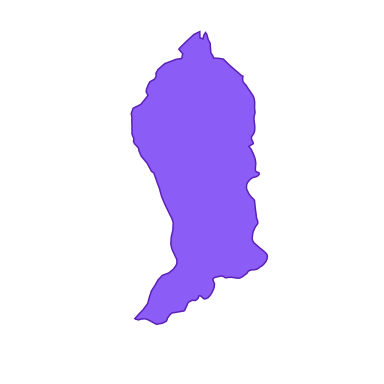 the district of Madobi, Kano, Nigeria, rotated 127°
{"feature_id": "59680162B5579026585541", "entity_name": "Madobi", "entity_type": "district", "adm_level": 2, "iso_a3": "NGA", "parent_name": "Nigeria", "parent_adm1": "Kano", "projection": "orthographic", "projection_center": [8.387, 11.817], "detail": "fine", "context": "isolated", "style": "filled", "palette": "violet", "viewbox_px": 384, "rotation_deg": 127, "n_neighbors": 0, "source": "geoboundaries", "source_scale": "gbopen_adm2", "svg_char_len": 3357}
<svg xmlns="http://www.w3.org/2000/svg" viewBox="0 0 384 384"><g transform="rotate(127 192 192)"><path d="M327.5,161.5L327.5,160.3L326.8,159.2L326.5,158.0L325.7,157.2L324.6,156.6L323.4,155.3L322.5,154.4L322.1,154.0L321.5,153.1L321.0,151.7L320.5,150.5L320.4,149.3L319.9,146.6L319.4,142.5L318.9,140.6L315.7,137.7L314.7,136.7L312.8,135.8L310.6,134.7L308.7,135.2L307.5,135.7L306.3,135.7L304.9,135.8L303.6,135.7L302.0,135.5L301.4,135.4L300.7,135.0L299.9,134.5L299.6,134.2L299.2,133.8L298.2,132.8L296.2,131.0L294.7,129.5L294.3,129.2L293.9,128.8L292.7,127.6L292.4,127.3L291.2,126.6L290.1,126.8L288.8,127.1L287.3,127.4L286.4,127.7L285.4,127.8L283.9,128.4L282.3,128.4L280.3,127.7L279.6,127.3L278.4,126.6L277.6,125.6L277.1,124.7L276.7,124.1L275.1,123.4L272.9,123.2L271.1,124.0L270.0,123.1L269.8,121.4L270.1,119.6L270.0,117.8L268.6,116.5L266.5,115.5L264.7,115.4L263.1,115.3L261.5,115.4L260.1,115.6L258.7,115.9L257.1,116.2L254.6,117.0L252.7,118.2L251.6,118.9L251.2,119.7L250.3,121.4L249.8,121.9L249.3,122.8L247.5,122.8L246.2,122.1L244.4,120.6L242.7,119.2L241.2,117.8L240.6,116.1L240.5,114.7L240.2,113.2L239.2,112.4L238.3,111.5L237.6,110.7L236.7,109.7L235.9,108.3L235.1,106.9L234.4,105.4L232.8,103.0L232.2,102.2L229.4,100.8L227.1,100.1L226.0,99.9L225.9,99.8L225.7,99.8L225.6,99.7L225.4,99.7L225.2,99.6L224.9,99.5L224.8,99.4L224.2,99.2L222.4,99.3L221.4,99.4L219.9,98.6L219.6,98.5L218.1,97.3L216.6,95.4L214.1,93.4L210.8,92.5L208.7,91.6L206.0,91.2L203.1,91.1L200.3,91.8L198.1,93.0L197.1,94.0L196.7,94.9L196.2,97.2L195.9,102.2L195.9,104.8L195.5,108.7L195.3,112.0L194.3,114.4L192.4,116.3L188.6,118.5L186.7,119.3L181.9,120.4L177.7,120.5L176.0,121.7L173.8,124.9L171.7,126.9L167.2,131.4L164.8,133.6L161.2,136.9L160.7,138.4L160.4,140.6L160.2,142.3L159.2,145.6L156.9,149.9L155.7,151.2L152.8,153.0L151.0,153.3L147.0,153.2L144.2,152.3L142.5,151.0L140.8,149.7L139.1,149.1L137.3,149.0L136.3,150.2L136.5,151.1L137.1,152.4L136.9,153.8L135.8,155.1L130.6,158.4L128.5,160.5L126.4,163.1L124.0,167.1L122.3,170.5L121.3,174.1L116.5,172.1L115.0,174.0L114.4,175.8L113.2,176.9L111.9,177.9L110.8,177.7L108.0,177.9L105.4,178.8L102.1,181.1L99.9,183.1L97.4,185.6L95.1,187.4L90.5,189.5L87.6,192.3L85.0,194.2L82.5,196.0L79.9,198.7L78.6,200.8L78.1,202.0L76.7,206.1L75.7,209.2L74.7,211.8L74.2,213.0L73.8,215.7L73.4,217.0L72.9,218.1L71.0,219.8L68.8,221.0L69.2,222.4L68.2,237.9L67.0,247.0L68.8,250.5L72.0,255.3L70.6,257.5L69.6,260.6L62.3,267.0L60.7,270.5L57.1,275.2L56.5,277.2L59.2,277.0L63.1,275.5L64.1,278.4L59.2,282.3L64.8,285.2L73.9,286.9L83.7,288.4L85.9,288.5L87.2,282.6L91.6,280.6L95.5,284.5L102.5,288.9L103.3,289.4L105.8,291.0L110.5,292.0L114.7,292.9L118.9,292.2L121.3,290.2L124.3,289.8L129.4,292.0L132.5,291.5L137.1,290.3L139.6,288.9L141.3,285.3L145.8,285.3L152.9,285.6L160.4,289.4L165.8,287.8L169.6,283.9L170.2,283.8L176.7,278.7L179.3,276.7L181.5,275.1L182.8,273.3L184.3,270.6L186.8,269.2L188.0,267.0L189.1,261.2L191.2,258.9L194.1,253.8L194.1,253.5L196.0,245.3L199.8,236.9L199.8,233.9L205.5,225.3L208.6,220.4L214.0,213.4L218.2,206.1L223.7,195.4L224.9,192.8L227.5,188.8L234.0,184.3L240.2,181.6L246.2,177.7L248.7,174.8L250.1,172.9L255.0,163.6L256.8,162.0L258.7,160.9L261.0,160.5L264.7,160.4L270.8,161.9L271.2,162.2L276.4,165.5L282.8,166.2L288.5,165.4L295.1,164.9L295.4,164.9L301.6,162.8L307.6,160.3L315.3,160.2L320.3,160.8L327.5,161.5Z" fill="#8b5cf6" stroke="#5b21b6" stroke-width="1.5"/></g></svg>